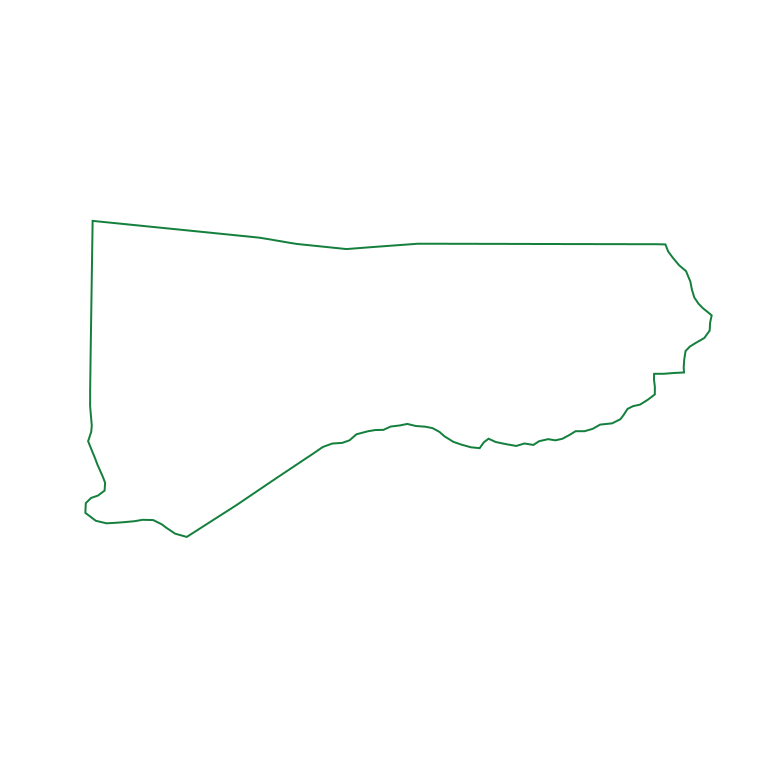 outline of São Luís do Quitunde, Alagoas, Brazil, rotated 99°
{"feature_id": "56859067B95131422032753", "entity_name": "São Luís do Quitunde", "entity_type": "district", "adm_level": 2, "iso_a3": "BRA", "parent_name": "Brazil", "parent_adm1": "Alagoas", "projection": "equal_earth", "projection_center": [-35.61, -9.235], "detail": "fine", "context": "isolated", "style": "outline", "palette": "green", "viewbox_px": 768, "rotation_deg": 99, "n_neighbors": 0, "source": "geoboundaries", "source_scale": "gbopen_adm2", "svg_char_len": 1553}
<svg xmlns="http://www.w3.org/2000/svg" viewBox="0 0 768 768"><g transform="rotate(99 384 384)"><path d="M564.5,566.9L565.9,554.9L526.0,510.0L512.6,495.7L493.7,475.5L472.2,452.2L464.7,444.0L455.8,434.6L450.9,425.8L448.7,416.1L445.0,409.2L438.0,403.4L433.2,392.5L430.8,385.3L429.4,377.4L425.0,370.8L422.4,361.7L419.8,354.8L420.5,346.0L419.7,336.4L420.0,329.1L422.6,321.8L426.2,316.1L430.3,306.4L431.8,297.9L432.9,288.2L432.4,279.5L426.0,276.3L421.7,272.2L423.8,264.6L424.3,254.5L424.5,243.7L420.8,236.0L420.8,226.9L416.2,221.8L412.8,213.2L412.8,205.8L410.2,199.3L405.7,193.3L400.6,187.3L399.2,178.4L395.6,170.8L390.3,164.2L387.2,152.6L381.8,145.0L376.9,142.4L370.5,139.6L366.9,134.5L364.3,127.9L358.1,120.8L351.9,114.9L344.6,116.0L337.1,118.1L331.7,118.8L330.1,109.1L327.7,99.1L325.7,89.5L320.7,90.6L312.8,91.3L304.2,91.3L299.2,87.8L294.8,82.7L288.4,74.8L280.3,70.7L272.5,71.5L264.9,71.1L259.3,80.8L255.5,85.9L250.1,91.0L242.5,94.7L234.8,97.5L230.3,100.3L225.3,103.3L220.5,111.2L214.1,118.5L208.6,124.1L202.1,127.9L203.3,136.6L222.4,258.8L224.0,269.2L240.1,372.3L250.9,418.3L256.6,442.2L259.3,491.8L259.3,499.4L259.0,522.5L259.0,530.6L268.5,697.3L402.7,678.1L435.8,673.3L451.8,670.8L458.8,669.1L465.2,667.5L470.8,666.1L477.0,665.7L486.8,667.3L495.3,662.2L502.0,658.1L508.5,654.4L513.9,650.9L519.6,647.2L525.2,644.0L533.0,643.3L538.9,649.0L542.4,655.5L548.3,659.9L558.0,658.8L564.2,647.2L565.0,636.3L562.9,626.6L561.0,618.6L558.5,608.8L555.9,601.2L554.5,590.7L557.3,581.7L560.2,576.2L564.5,566.9Z" fill="none" stroke="#15803d" stroke-width="2"/></g></svg>